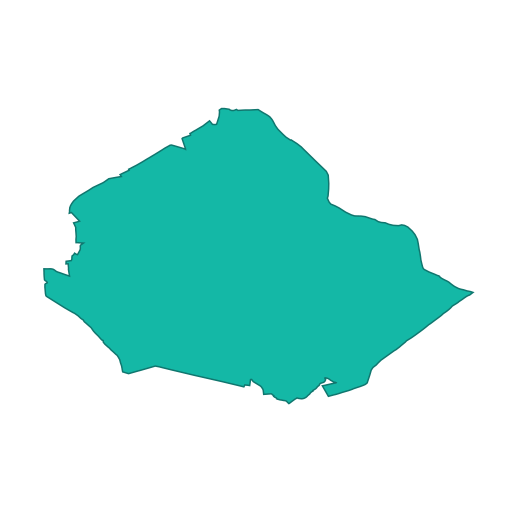 outline of Serbauti, Suceava, Romania, rotated 355°
{"feature_id": "2599482B9399918104506", "entity_name": "Serbauti", "entity_type": "district", "adm_level": 2, "iso_a3": "ROU", "parent_name": "Romania", "parent_adm1": "Suceava", "projection": "natural_earth1", "projection_center": [26.143, 47.819], "detail": "fine", "context": "isolated", "style": "filled", "palette": "teal", "viewbox_px": 512, "rotation_deg": 355, "n_neighbors": 0, "source": "geoboundaries", "source_scale": "gbopen_adm2", "svg_char_len": 5513}
<svg xmlns="http://www.w3.org/2000/svg" viewBox="0 0 512 512"><g transform="rotate(355 256 256)"><path d="M362.0,378.2L362.6,377.5L363.0,377.1L364.9,375.9L366.2,375.1L368.4,373.1L370.4,371.5L371.5,370.6L373.9,369.2L375.4,368.3L382.0,364.4L385.2,362.5L387.7,361.3L388.1,361.0L389.5,360.1L390.8,359.3L392.7,357.9L394.9,356.4L397.2,354.8L397.4,354.6L398.2,353.9L398.5,353.6L403.5,351.1L407.5,348.8L412.3,345.9L415.7,343.8L419.2,341.5L421.5,339.9L422.2,339.4L423.8,338.6L429.9,334.8L432.7,333.1L435.5,331.3L437.7,329.6L439.0,328.9L441.1,327.7L443.5,326.1L445.2,324.8L446.4,323.7L446.8,323.3L447.3,322.9L447.9,322.6L448.5,322.3L449.7,321.7L451.7,320.7L453.3,319.8L454.4,319.0L456.1,318.1L457.9,317.1L459.2,316.3L460.4,315.6L461.3,315.1L462.2,314.6L463.6,314.0L464.8,313.6L465.4,313.5L465.9,313.2L467.0,312.5L468.2,311.7L469.0,311.2L467.4,310.5L466.2,310.0L463.3,309.2L459.9,307.8L457.3,307.0L455.5,306.3L454.5,305.8L451.3,303.8L449.7,302.5L447.6,300.6L445.9,298.9L444.2,297.7L441.5,296.1L439.2,294.6L437.4,293.1L437.3,292.7L437.1,292.3L436.5,291.8L434.6,291.0L432.5,289.8L429.7,288.4L426.8,286.9L423.7,284.9L422.3,284.0L421.8,283.4L421.4,282.6L421.1,281.9L420.5,278.5L419.9,274.3L419.8,270.8L419.5,266.6L419.3,265.2L419.2,264.5L419.1,264.0L418.7,258.0L418.2,253.5L416.3,248.7L413.8,244.8L409.8,240.4L406.7,238.5L403.8,237.7L400.7,238.2L399.3,238.0L395.3,237.4L391.1,236.0L387.6,234.2L383.6,233.5L380.7,232.4L377.6,230.0L375.6,229.5L373.0,228.4L368.2,226.3L364.1,225.4L357.8,224.7L354.6,223.4L349.2,220.2L343.0,215.4L339.2,213.0L335.0,210.8L333.5,208.6L332.1,204.7L333.0,202.5L334.2,195.6L334.8,190.1L335.0,181.8L333.4,177.8L328.7,172.4L323.9,166.9L312.5,153.6L310.6,151.3L306.8,147.8L301.1,143.4L300.5,143.6L296.2,140.2L293.4,137.1L288.9,131.7L286.6,127.8L285.5,125.1L284.3,122.3L283.5,120.9L281.8,118.5L279.5,116.6L277.8,115.4L276.0,114.2L272.6,111.7L271.5,110.8L271.0,110.4L270.0,110.3L264.0,110.1L262.0,110.0L258.4,109.7L257.2,109.6L250.6,109.4L249.3,108.3L246.7,109.1L244.7,109.0L243.1,108.4L242.1,107.5L237.6,106.4L234.5,106.1L232.1,107.5L232.2,109.3L231.5,113.5L229.0,119.5L228.2,121.4L226.4,121.5L224.1,121.1L223.3,119.9L221.5,117.3L214.5,121.8L213.0,122.5L211.1,123.4L209.0,124.4L207.2,125.3L205.3,126.1L203.9,126.8L201.4,128.1L200.9,128.2L201.2,129.3L201.3,130.0L193.3,132.0L192.6,132.6L195.1,143.0L195.1,143.6L194.4,143.1L185.5,139.6L182.3,138.4L181.5,138.1L181.0,138.1L179.9,138.2L178.7,138.8L174.8,140.5L171.2,142.4L163.0,146.5L155.3,150.2L151.1,152.3L144.6,155.3L136.7,158.5L137.1,159.5L127.7,163.0L128.8,165.1L123.5,165.5L116.1,166.2L110.4,169.5L108.9,170.1L104.0,171.9L99.7,173.5L94.8,176.1L89.4,178.7L84.9,180.9L83.8,181.7L80.8,184.0L78.9,185.5L78.0,186.6L77.1,187.6L75.7,189.6L74.7,191.7L74.6,192.3L74.5,192.9L74.2,194.2L74.2,195.3L74.0,195.9L73.7,197.1L75.9,196.6L83.3,205.9L80.7,206.5L77.2,207.1L78.9,211.8L78.7,214.2L78.7,216.8L78.6,221.0L78.1,223.8L77.9,227.0L79.1,227.1L82.1,227.6L85.2,228.1L82.6,229.6L82.0,230.2L81.8,230.7L81.7,233.0L81.5,233.9L81.1,234.9L78.3,239.1L77.4,238.8L76.8,238.4L76.3,237.9L75.7,237.6L75.5,237.4L74.4,238.9L72.8,239.9L72.5,241.3L72.3,243.2L71.5,244.5L66.4,244.7L66.0,247.3L68.2,247.4L68.2,248.6L68.2,251.6L68.0,253.2L68.5,259.8L63.1,257.4L58.3,255.2L57.0,254.7L55.5,253.8L54.0,252.4L53.3,251.9L52.5,251.4L50.6,250.9L46.6,250.6L43.6,250.3L43.4,254.2L43.3,255.2L43.2,258.0L43.2,261.3L43.8,262.1L44.6,262.7L45.2,263.2L45.6,264.0L45.7,264.4L45.3,264.8L44.0,265.2L43.3,265.8L43.0,268.6L43.0,275.2L43.2,276.9L43.6,277.8L48.2,281.3L61.0,291.0L68.9,296.5L70.3,297.3L73.6,300.1L76.1,302.9L77.4,304.0L78.4,304.7L78.6,305.3L79.2,306.5L80.4,307.7L83.9,311.4L85.4,312.9L86.5,314.8L87.4,316.4L89.0,318.6L92.0,322.1L94.1,325.0L95.0,326.1L95.3,326.4L95.9,326.6L96.2,326.7L96.5,327.1L96.3,328.0L96.4,328.6L97.8,330.7L100.6,333.7L102.0,335.0L103.2,336.7L105.5,339.1L107.7,341.6L108.3,342.2L108.9,342.7L109.7,344.1L110.4,345.6L111.2,347.4L111.6,349.7L111.7,350.5L112.5,353.7L112.8,356.4L112.8,356.9L113.0,359.0L113.1,359.8L118.8,362.1L128.7,360.2L130.0,360.0L142.3,357.6L145.8,356.9L146.2,356.9L150.1,358.0L153.5,359.2L162.3,362.2L184.6,369.6L196.5,373.4L211.1,378.1L226.7,383.3L232.5,385.3L233.6,383.5L236.5,384.0L238.4,384.5L239.8,378.6L240.9,378.6L242.3,380.9L248.7,385.6L249.5,386.3L250.1,387.2L251.1,389.0L251.4,389.9L251.5,390.7L251.6,394.5L259.2,394.6L259.9,395.1L260.3,395.7L261.1,396.3L261.5,396.6L261.2,396.9L261.3,397.3L262.3,398.2L263.8,399.1L264.2,399.7L264.1,400.0L264.9,400.5L265.3,400.6L267.4,401.4L268.8,401.7L270.7,402.3L272.6,402.7L273.7,403.3L274.9,404.8L275.9,405.9L277.2,405.2L279.2,403.9L280.7,403.0L282.2,402.1L284.5,401.0L286.1,401.6L288.8,402.2L290.1,402.2L291.3,402.0L293.2,401.3L294.4,400.5L295.5,399.5L297.5,398.1L298.2,397.2L298.8,396.7L299.7,396.1L300.3,395.8L300.9,395.6L301.1,395.4L301.1,395.1L301.0,394.9L301.8,394.5L303.8,393.5L304.8,392.7L305.8,391.6L306.6,391.0L307.5,390.5L308.1,389.5L308.6,388.8L309.5,388.4L312.1,387.8L313.0,387.4L313.7,386.8L314.1,386.0L314.5,385.5L314.6,385.1L314.6,384.9L314.5,384.7L314.3,384.5L314.0,384.3L314.0,384.1L314.0,383.6L314.1,383.4L314.5,383.4L316.9,384.2L318.5,385.3L319.5,386.3L320.7,387.1L322.4,388.3L323.2,388.6L324.3,388.9L324.8,389.2L324.7,389.3L319.9,389.9L313.4,390.8L310.8,391.1L315.9,402.1L321.5,401.1L323.2,400.9L326.7,400.2L330.0,399.4L336.6,398.1L340.1,397.2L341.5,396.7L345.6,395.7L348.3,395.1L351.8,394.1L353.3,393.6L354.1,393.2L355.0,392.6L355.8,392.0L356.1,391.1L357.3,388.4L358.7,385.1L359.7,382.6L360.7,380.0L361.0,379.5L362.0,378.2Z" fill="#14b8a6" stroke="#0f766e" stroke-width="1.5"/></g></svg>